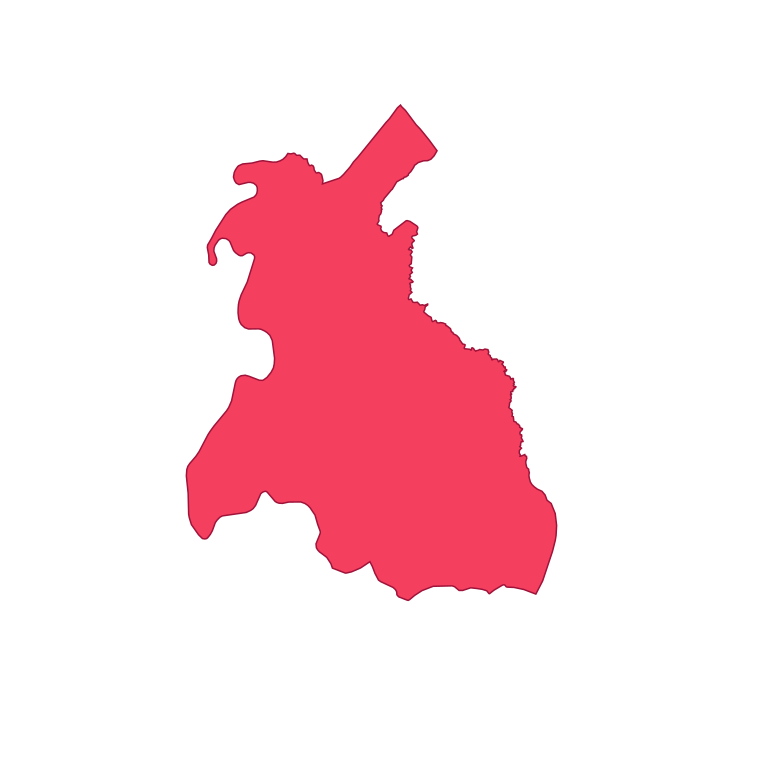 outline of Kho Wang, Yasothon, Thailand, rotated 217°
{"feature_id": "78962969B41182893355114", "entity_name": "Kho Wang", "entity_type": "district", "adm_level": 2, "iso_a3": "THA", "parent_name": "Thailand", "parent_adm1": "Yasothon", "projection": "natural_earth1", "projection_center": [104.347, 15.375], "detail": "fine", "context": "isolated", "style": "filled", "palette": "rose", "viewbox_px": 768, "rotation_deg": 217, "n_neighbors": 0, "source": "geoboundaries", "source_scale": "gbopen_adm2", "svg_char_len": 6171}
<svg xmlns="http://www.w3.org/2000/svg" viewBox="0 0 768 768"><g transform="rotate(217 384 384)"><path d="M538.7,616.7L539.5,612.7L539.3,599.0L539.8,594.2L541.4,549.5L542.0,543.0L541.7,537.0L542.4,527.2L543.0,523.3L543.7,521.2L553.6,506.8L555.2,509.8L559.6,513.5L561.0,513.9L563.2,513.7L564.0,513.2L564.5,512.1L565.5,511.8L568.5,512.9L570.4,514.8L571.7,515.5L573.5,515.3L574.6,513.7L575.8,513.8L578.6,515.3L580.9,517.4L583.6,515.4L588.9,516.1L591.5,514.0L594.0,514.4L595.0,514.0L596.9,511.7L599.5,510.3L599.3,506.3L600.0,502.5L601.3,499.7L603.5,496.5L606.4,494.2L615.0,489.5L617.4,487.2L622.4,481.0L629.3,474.7L631.5,470.7L631.7,469.4L631.5,465.5L630.9,462.8L628.8,458.7L625.7,456.5L622.9,455.5L619.8,456.0L613.9,463.2L611.9,464.7L609.0,465.9L605.7,465.8L603.6,464.7L601.7,462.4L600.6,460.4L600.0,458.1L600.3,455.1L607.0,443.7L609.1,439.4L611.7,431.1L612.3,424.2L610.9,405.5L609.4,396.6L608.5,388.9L607.2,386.6L601.7,381.6L596.9,375.8L595.2,375.1L592.6,375.4L591.2,376.8L590.8,379.2L591.5,381.3L593.0,383.2L599.9,387.7L601.6,390.5L602.4,393.1L602.7,399.2L602.0,401.6L600.8,403.2L597.5,405.1L594.2,405.3L592.3,404.7L584.5,400.1L581.7,399.5L577.5,399.5L575.9,400.0L574.3,401.3L572.5,405.7L571.3,407.3L569.0,408.7L565.4,408.7L563.9,407.8L562.8,406.1L554.6,383.2L551.7,369.1L549.7,363.2L548.1,359.9L545.7,356.2L543.4,353.0L539.3,348.7L536.6,346.8L533.8,345.6L529.1,345.2L525.3,346.4L517.3,352.6L515.1,353.7L511.3,354.5L508.4,354.7L504.4,354.2L499.4,351.5L486.8,338.6L483.7,333.9L482.0,330.2L481.2,325.4L481.4,318.9L482.7,314.6L483.3,313.7L485.8,312.0L496.6,308.9L500.1,307.5L503.1,304.6L504.1,302.4L504.5,300.1L504.3,297.9L503.5,295.6L495.6,278.8L493.9,271.8L493.6,267.8L494.5,248.1L494.4,241.7L494.1,237.7L491.0,218.8L490.7,213.1L491.3,203.6L491.1,200.2L490.0,197.0L486.6,191.7L474.7,178.9L461.7,162.5L459.0,160.0L453.2,155.8L441.4,152.0L436.0,151.3L433.9,152.4L432.7,153.7L432.3,154.9L432.2,159.4L432.8,163.6L435.3,171.7L435.4,174.8L434.9,178.8L433.7,181.4L416.7,198.5L414.4,202.8L413.5,205.8L413.5,209.9L416.4,222.1L416.0,224.1L415.2,225.7L414.0,227.1L412.4,227.4L400.3,224.7L398.2,224.9L396.0,225.7L393.2,227.6L389.0,232.4L379.5,239.7L375.3,241.0L371.9,241.2L368.6,240.7L360.2,237.8L352.8,232.2L346.2,227.9L345.2,226.6L344.5,224.3L342.1,215.4L339.4,212.5L337.2,211.6L334.6,211.1L325.4,211.1L318.2,208.5L314.4,205.9L301.1,209.7L300.1,210.6L296.9,214.4L292.0,223.0L288.3,233.6L283.4,231.2L277.2,227.3L270.4,224.1L267.4,224.2L254.3,227.0L251.1,226.7L248.9,225.7L246.8,223.4L245.0,223.0L243.9,222.9L235.8,225.2L234.5,225.7L233.8,227.1L232.3,233.6L229.3,241.9L223.0,252.0L208.1,263.8L205.6,264.6L199.8,264.3L196.9,266.5L192.1,273.4L186.7,276.6L182.0,279.1L177.5,280.7L174.1,279.8L173.5,280.1L172.1,285.5L168.3,294.8L167.3,295.9L166.3,296.1L164.3,295.6L163.3,296.0L157.7,299.8L148.7,304.0L136.3,307.6L138.8,322.2L148.7,351.7L153.1,362.2L155.5,366.7L161.0,374.9L169.3,383.6L178.6,389.2L183.9,389.3L188.5,392.3L193.2,393.4L198.4,392.3L202.2,392.3L205.2,392.7L208.1,393.8L211.7,396.6L213.5,398.5L214.6,400.7L216.5,402.1L217.2,403.0L219.7,403.2L223.1,406.1L224.3,407.7L225.2,410.5L226.7,412.0L227.9,411.6L229.1,412.4L231.4,408.5L231.9,408.1L232.3,409.3L234.5,410.3L235.9,412.5L235.6,415.5L237.9,415.7L237.9,417.2L238.7,418.1L239.7,420.5L238.4,421.5L238.4,421.9L242.0,423.7L242.5,425.2L243.6,426.2L244.5,425.5L246.0,426.6L246.4,427.9L246.1,430.7L246.4,431.5L246.9,431.6L247.6,431.0L248.7,431.5L249.5,431.1L250.5,432.2L252.4,432.7L253.8,432.3L255.7,433.0L257.8,432.3L261.0,435.7L262.3,435.3L263.7,437.8L265.1,438.5L265.8,440.1L270.2,440.3L270.7,441.8L272.3,444.5L272.2,446.7L272.7,447.3L273.8,447.4L273.6,448.7L274.6,450.2L276.5,451.5L276.5,451.9L275.9,452.2L276.0,452.8L277.3,453.0L278.0,454.0L276.7,455.5L277.7,456.4L277.0,457.5L277.7,458.6L277.0,459.5L276.9,461.1L277.6,461.1L278.6,460.3L279.7,460.5L279.9,462.1L280.9,462.4L280.8,463.7L283.1,464.9L283.7,466.0L284.4,466.1L285.7,464.2L287.2,465.3L288.6,465.6L292.4,464.2L294.7,466.0L295.8,466.3L295.6,467.1L294.3,467.3L294.4,469.1L296.4,469.1L297.4,470.5L298.7,469.8L299.8,470.6L301.5,470.7L301.8,471.3L301.6,472.9L302.0,473.4L305.6,472.6L305.7,470.9L306.0,470.7L308.1,471.8L309.1,471.7L311.4,469.9L311.9,468.6L312.6,468.3L313.3,469.4L315.3,469.6L316.4,470.7L317.8,470.4L318.9,470.7L319.5,472.5L321.7,474.0L324.5,472.6L325.5,470.7L328.5,469.0L329.0,467.5L329.7,467.0L330.6,465.4L332.8,465.7L333.8,466.3L335.4,466.0L335.6,465.4L334.8,463.8L335.0,463.4L336.5,463.3L340.8,460.7L341.6,461.0L342.4,463.5L343.0,464.2L345.4,463.3L350.1,464.8L351.0,465.6L352.2,466.0L355.2,466.5L358.8,465.8L360.0,466.6L361.6,466.3L364.2,468.2L368.6,468.3L369.8,467.9L370.8,469.0L373.7,468.2L376.1,466.9L376.8,465.8L378.5,464.9L380.4,465.9L381.2,465.8L382.6,463.2L383.7,463.3L386.5,465.6L389.9,465.1L395.2,465.4L395.9,465.8L396.2,467.8L397.5,470.5L396.7,473.5L397.3,474.1L399.0,471.1L401.0,470.4L402.6,468.7L406.6,469.4L408.5,467.6L410.1,466.7L413.6,468.2L414.8,466.5L415.3,466.4L415.9,466.8L417.6,470.4L416.9,474.1L419.2,474.5L419.6,476.2L421.3,477.2L422.4,479.0L423.8,479.5L423.8,480.6L422.3,482.5L422.4,483.2L425.8,483.7L427.0,483.0L427.5,483.2L427.5,485.8L429.3,486.7L428.5,490.1L430.9,491.3L431.1,493.9L433.8,493.1L435.1,493.6L435.2,494.7L434.6,496.4L438.2,502.2L440.5,502.8L440.8,503.2L441.0,506.5L443.1,507.3L444.7,506.2L445.5,506.4L445.4,509.3L443.1,509.3L442.7,510.1L445.2,511.7L446.3,512.9L446.5,514.1L446.0,516.1L446.2,516.8L449.4,517.3L450.3,518.0L450.3,519.3L448.1,521.9L447.5,523.9L449.6,525.2L450.7,528.6L451.3,529.5L452.9,530.0L461.1,529.5L463.9,528.4L464.6,527.6L468.7,512.7L467.6,508.6L469.0,504.9L470.2,504.7L472.7,506.3L475.5,504.8L478.0,504.8L480.1,506.0L480.7,507.6L481.4,508.2L484.8,507.4L485.7,507.6L486.2,511.3L487.5,512.5L489.1,515.6L489.0,518.0L490.1,520.7L490.9,521.2L490.8,522.4L492.4,523.1L492.5,524.4L492.9,525.3L494.0,525.1L494.5,526.0L495.7,526.6L495.1,530.6L495.5,532.1L494.9,543.3L494.6,544.4L495.5,553.1L492.9,559.1L492.2,559.6L492.3,561.2L491.1,562.7L490.3,565.3L490.9,566.7L490.4,569.7L490.7,575.0L491.2,576.9L489.9,581.5L486.7,586.1L483.5,588.7L481.8,591.8L481.3,596.5L482.0,602.2L495.1,606.1L508.4,609.4L514.5,610.4L531.6,615.4L537.0,616.1L538.7,616.7Z" fill="#f43f5e" stroke="#9f1239" stroke-width="1.5"/></g></svg>